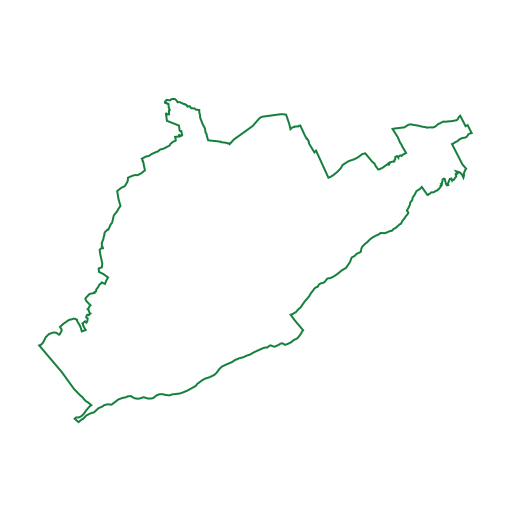 the district of Gusoeni, Vâlcea, Romania, rotated 88°
{"feature_id": "2599482B73912524468406", "entity_name": "Gusoeni", "entity_type": "district", "adm_level": 2, "iso_a3": "ROU", "parent_name": "Romania", "parent_adm1": "Vâlcea", "projection": "mercator", "projection_center": [24.113, 44.728], "detail": "fine", "context": "isolated", "style": "outline", "palette": "green", "viewbox_px": 512, "rotation_deg": 88, "n_neighbors": 0, "source": "geoboundaries", "source_scale": "gbopen_adm2", "svg_char_len": 6063}
<svg xmlns="http://www.w3.org/2000/svg" viewBox="0 0 512 512"><g transform="rotate(88 256 256)"><path d="M337.8,475.8L365.4,454.0L382.6,442.5L389.7,436.0L390.6,434.7L392.5,433.4L395.1,431.1L396.7,428.7L399.3,425.8L400.8,427.8L404.7,431.4L407.4,433.3L410.0,436.1L411.1,438.6L411.1,441.4L412.3,442.9L415.8,439.2L413.0,435.4L413.0,434.9L409.4,431.0L407.4,426.7L406.8,424.0L406.2,422.9L402.6,418.7L401.1,414.8L399.9,413.2L399.1,410.2L399.1,408.6L399.5,406.3L399.4,405.4L394.6,398.6L393.3,394.9L392.6,390.7L391.8,389.3L391.6,385.8L392.7,384.6L394.0,382.0L394.3,380.5L394.5,378.9L394.3,377.0L393.2,373.2L394.7,369.0L394.8,365.9L394.4,363.7L392.0,360.5L390.8,357.5L390.8,354.3L391.5,352.2L392.3,347.3L391.4,344.7L390.8,337.0L389.9,334.0L388.2,329.5L383.8,320.8L381.8,319.2L378.5,314.4L376.8,311.2L375.7,307.1L373.4,301.8L371.3,299.4L367.9,296.8L365.5,294.2L363.5,289.8L361.3,283.9L358.8,279.8L358.7,278.8L357.6,276.4L356.7,272.0L355.3,269.1L354.4,265.6L352.1,261.3L348.3,252.1L347.8,250.0L347.9,248.1L346.0,245.3L345.9,244.2L347.0,241.9L347.3,240.5L345.5,236.2L344.5,234.7L344.2,233.9L344.3,232.4L345.8,230.1L345.1,227.7L343.6,224.2L341.2,221.0L340.1,218.3L339.4,217.2L336.1,214.4L333.1,212.6L331.9,211.5L321.0,220.0L315.9,223.4L315.1,220.9L313.9,219.2L313.7,218.3L310.6,215.4L309.0,213.3L303.1,208.9L298.2,204.3L294.9,202.3L292.6,200.2L290.8,199.0L289.4,197.2L288.9,195.4L286.9,194.2L285.7,192.5L285.0,189.3L284.6,188.6L281.2,185.6L280.8,184.5L280.8,182.8L279.2,179.1L276.5,174.8L273.3,170.7L271.1,166.5L265.2,162.2L261.1,160.6L260.4,159.7L259.6,157.7L257.4,155.4L255.6,151.2L252.0,150.3L250.4,149.5L247.4,146.3L245.9,144.1L243.3,141.5L241.9,139.5L240.3,136.5L238.4,132.0L237.3,130.7L237.6,128.2L237.6,126.0L235.7,121.0L235.6,119.4L233.7,117.5L233.1,115.8L229.4,111.4L229.0,110.2L225.7,108.2L223.7,106.3L222.1,105.4L219.9,103.4L218.3,102.3L217.2,102.6L216.3,103.5L215.5,103.6L214.5,102.7L210.0,100.3L207.9,100.0L205.6,97.9L203.2,97.4L200.6,95.5L196.8,93.4L194.8,90.0L192.8,87.9L200.9,82.6L201.1,82.1L200.4,81.5L199.8,80.1L198.5,78.6L198.6,77.0L198.3,75.8L197.1,74.0L197.2,73.7L196.6,72.2L195.9,71.8L195.4,70.9L193.2,69.0L192.3,69.1L192.3,68.3L191.7,67.9L190.5,68.5L190.4,67.7L188.7,67.5L187.7,66.9L186.3,67.0L185.3,65.9L185.3,65.2L185.7,64.6L189.9,63.8L191.9,62.9L192.0,62.3L191.8,61.4L190.7,61.8L185.7,59.6L185.4,58.3L187.5,57.4L186.6,56.9L186.9,56.4L186.6,55.4L185.3,54.7L183.6,53.2L183.1,53.0L181.3,53.7L181.1,53.5L181.4,53.1L180.5,51.7L178.3,53.1L179.4,49.7L180.1,48.8L182.0,47.2L184.9,46.0L182.8,45.3L182.2,45.5L180.1,45.2L177.2,43.8L176.1,42.9L171.7,46.5L151.0,56.2L150.3,54.5L149.0,52.5L148.3,50.6L146.8,49.0L145.4,46.1L144.9,42.5L144.0,41.1L141.7,39.4L141.2,38.5L140.7,36.2L132.6,39.9L133.6,42.0L123.0,47.0L124.2,48.4L126.6,49.8L127.3,50.8L128.1,55.8L128.2,59.9L128.5,61.2L128.2,64.1L130.7,69.6L132.9,72.3L133.7,74.6L133.5,78.4L133.7,81.0L133.1,82.1L132.6,85.2L131.5,88.9L129.8,97.1L130.2,99.2L132.6,103.2L133.5,113.5L133.8,115.1L142.5,110.0L147.5,108.2L149.8,106.7L151.3,106.2L158.3,102.4L159.7,105.5L161.1,107.1L160.5,108.0L161.0,109.2L161.8,110.2L162.7,110.3L161.1,111.5L161.6,112.8L162.0,113.4L164.0,113.4L165.3,114.5L166.3,114.4L166.5,114.8L166.4,115.7L167.0,118.7L168.0,119.2L168.0,119.6L167.6,119.8L168.0,120.4L169.1,119.8L169.4,119.9L169.3,120.7L168.7,121.2L172.2,126.4L173.6,129.6L173.8,130.8L170.4,133.2L167.5,134.5L166.1,136.4L157.2,143.2L157.9,146.3L161.0,150.7L162.7,154.3L164.5,160.3L168.0,166.2L171.4,168.3L175.0,172.1L177.9,175.9L179.6,179.0L180.3,180.9L152.8,192.3L154.5,194.0L146.0,198.8L144.7,199.3L143.7,199.1L140.6,200.8L140.6,201.3L136.7,203.2L127.1,207.2L127.5,208.2L127.5,208.9L128.0,209.4L127.9,212.5L128.5,213.1L128.3,213.7L129.2,215.8L130.4,217.1L124.6,218.3L115.8,221.0L115.2,224.5L115.2,226.7L117.0,244.6L117.4,246.2L119.0,248.3L125.9,254.7L138.9,274.2L143.2,278.3L142.5,278.6L142.3,279.1L142.7,280.0L142.1,281.0L141.6,283.1L141.0,287.1L140.5,287.3L138.7,299.8L134.2,301.0L132.4,301.1L130.9,302.1L126.6,302.6L122.2,304.8L115.7,307.0L113.4,307.0L110.2,307.7L108.1,307.6L107.7,310.7L106.4,312.3L106.0,315.7L104.0,317.0L104.2,318.0L104.0,318.5L104.3,319.3L102.5,320.3L102.4,321.2L101.6,322.0L101.6,322.9L99.5,326.9L99.6,329.0L98.2,329.7L96.5,331.3L96.2,331.9L96.2,334.6L96.7,335.7L97.5,336.5L96.8,339.8L98.6,341.6L99.7,341.6L100.0,341.3L99.8,340.0L100.7,339.6L100.8,338.4L101.0,338.1L104.3,338.1L106.6,337.2L107.4,337.2L107.5,337.9L107.8,338.0L111.4,337.9L111.5,339.4L110.5,340.4L110.6,341.0L117.8,340.3L122.9,328.5L128.0,327.9L128.7,327.0L128.6,326.3L132.8,325.6L133.8,327.7L132.6,327.9L132.4,328.2L132.5,328.7L133.9,328.7L134.1,332.7L136.1,332.2L137.8,332.2L139.2,335.3L141.0,337.6L142.6,338.5L145.6,344.9L146.2,348.0L148.2,350.6L148.4,351.7L150.4,356.6L152.3,359.6L152.8,362.6L154.8,366.7L155.6,366.2L157.1,366.1L157.3,365.6L166.5,364.0L169.4,367.9L170.3,369.7L171.1,371.8L170.9,373.6L171.3,376.1L173.3,381.2L176.1,381.5L177.7,382.1L181.6,384.7L183.2,388.3L186.3,392.5L194.9,391.3L201.2,389.7L204.0,391.8L207.0,393.6L209.1,395.6L210.9,396.8L217.6,398.6L219.3,400.1L224.5,402.6L224.4,403.4L227.0,406.2L228.9,406.9L230.2,406.8L231.3,407.5L233.6,407.9L238.0,409.8L239.3,409.5L240.7,409.7L241.6,409.0L242.9,408.7L243.0,409.5L242.6,410.1L244.3,412.0L248.7,411.6L257.9,409.9L261.9,410.4L263.0,413.7L266.5,413.4L268.6,409.3L272.3,404.6L275.2,406.4L278.6,407.9L277.0,411.1L278.1,411.9L279.2,413.6L281.2,414.6L284.1,416.9L285.7,417.0L286.5,418.7L287.3,418.6L287.9,422.5L288.3,423.9L292.4,428.0L293.6,427.8L295.4,426.9L299.5,423.1L300.5,424.2L302.3,425.1L303.2,426.1L304.0,425.3L307.3,424.2L307.7,423.5L309.2,425.1L309.3,425.5L308.8,426.0L308.9,426.6L309.7,427.4L311.5,427.8L312.5,426.4L315.1,426.8L316.7,427.8L315.3,429.1L317.3,431.6L317.6,431.2L318.8,431.3L321.4,430.3L324.0,428.8L325.3,432.7L321.4,433.7L318.5,434.9L315.4,436.7L314.1,437.2L313.5,437.1L312.6,438.8L312.2,440.5L312.9,442.4L313.1,444.3L313.8,445.9L316.8,450.5L320.0,454.4L322.5,452.9L323.9,452.8L327.7,455.1L327.8,455.6L325.9,458.0L325.4,459.8L325.5,461.8L326.8,465.7L329.8,468.9L335.3,472.0L337.2,474.0L337.8,475.8Z" fill="none" stroke="#15803d" stroke-width="2"/></g></svg>